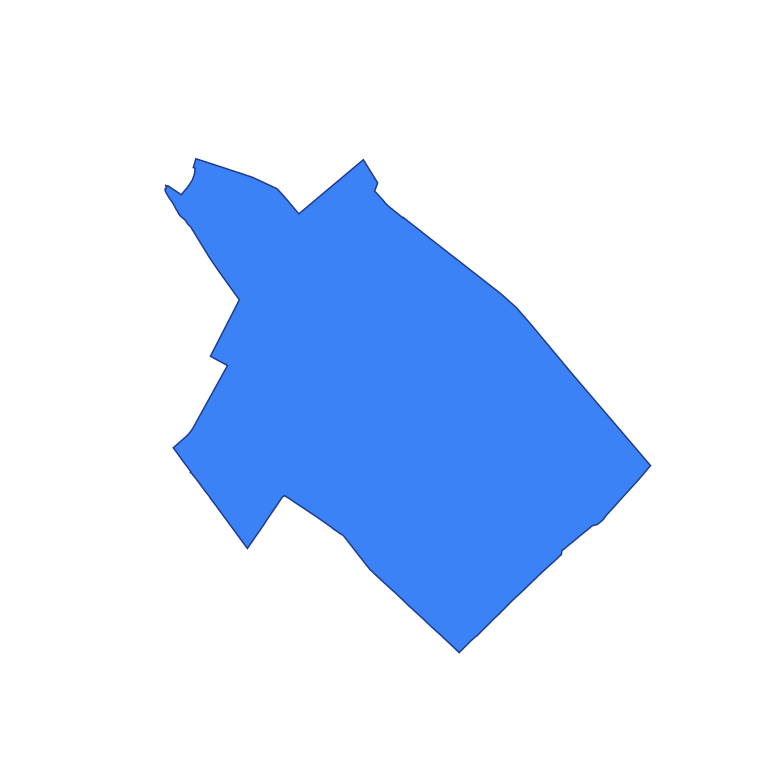 outline of Gostavatu, Olt, Romania, rotated 249°
{"feature_id": "2599482B62335692656317", "entity_name": "Gostavatu", "entity_type": "district", "adm_level": 2, "iso_a3": "ROU", "parent_name": "Romania", "parent_adm1": "Olt", "projection": "orthographic", "projection_center": [24.506, 44.061], "detail": "fine", "context": "isolated", "style": "filled", "palette": "blue", "viewbox_px": 768, "rotation_deg": 249, "n_neighbors": 0, "source": "geoboundaries", "source_scale": "gbopen_adm2", "svg_char_len": 4263}
<svg xmlns="http://www.w3.org/2000/svg" viewBox="0 0 768 768"><g transform="rotate(249 384 384)"><path d="M212.3,603.6L215.2,602.5L217.1,601.9L326.9,563.0L388.3,542.1L390.2,541.4L408.2,534.8L427.0,525.1L427.9,524.5L479.3,493.6L480.2,493.0L505.6,477.8L506.7,477.2L508.2,476.3L509.6,475.4L511.1,474.5L512.2,473.8L512.9,473.5L531.0,462.6L532.7,461.7L532.4,461.2L535.4,459.4L537.0,458.5L538.8,457.5L539.8,456.9L541.3,456.0L542.0,455.6L543.1,454.9L544.9,454.0L545.6,453.5L546.5,453.0L547.3,452.6L548.3,452.0L549.5,451.4L550.7,450.9L551.6,450.4L552.6,450.0L553.5,449.7L555.0,449.3L556.3,448.8L557.7,448.3L558.5,448.0L560.0,447.3L561.5,446.8L563.0,446.2L563.9,445.8L565.1,445.4L566.3,444.9L566.6,444.7L567.5,444.4L570.0,446.7L572.8,449.1L574.1,450.2L587.4,447.6L600.8,445.1L597.9,436.6L576.3,374.0L573.3,365.5L594.3,358.2L604.5,354.2L624.0,335.4L642.1,313.3L655.3,297.1L661.7,289.1L654.4,283.5L653.2,285.1L647.4,281.9L642.8,277.8L638.4,271.6L633.4,262.6L642.9,255.8L646.3,253.4L647.6,251.4L647.2,251.3L646.8,251.3L646.1,251.1L645.5,251.3L645.0,251.2L644.6,250.8L644.5,250.4L644.5,250.0L644.5,249.4L643.4,249.1L643.0,249.1L642.2,249.0L639.0,249.4L635.9,249.9L628.0,251.8L623.8,252.3L621.4,252.5L619.7,253.0L617.8,253.2L615.6,253.5L613.9,254.1L612.7,254.7L610.0,256.2L606.8,257.6L603.9,258.0L600.4,259.7L597.3,260.3L564.8,266.3L548.3,270.2L514.4,279.1L472.1,231.9L457.3,244.5L410.8,189.2L409.5,187.3L408.2,185.1L407.1,183.2L406.0,180.7L403.0,172.6L400.0,164.4L398.1,164.9L396.3,165.4L392.8,166.4L391.1,166.8L389.4,167.2L385.7,168.2L382.0,169.2L377.8,170.5L374.9,171.3L371.4,172.2L371.3,171.9L371.2,171.7L370.8,171.5L370.5,171.6L370.2,171.8L369.9,172.1L369.6,172.4L369.4,172.5L369.2,172.6L368.6,172.7L367.8,172.9L367.1,173.0L366.7,173.1L366.5,173.3L366.3,173.5L366.1,173.7L365.8,173.7L365.8,173.8L365.5,173.9L365.2,174.0L364.8,174.0L364.0,174.2L362.6,174.6L360.2,175.3L358.5,175.8L356.4,176.3L355.0,176.7L353.0,177.3L351.3,177.7L349.9,178.1L348.2,178.6L346.7,179.0L345.2,179.5L343.3,180.1L341.2,180.7L339.7,181.1L339.5,180.9L338.7,181.2L338.1,181.4L330.4,183.6L327.4,184.4L324.1,185.3L321.6,186.0L319.0,186.7L316.4,187.4L313.9,188.1L312.1,188.6L310.2,189.1L308.2,189.6L306.1,190.2L304.4,190.7L279.4,197.5L282.6,202.1L285.8,206.8L288.5,210.7L291.0,214.5L295.4,220.9L299.2,226.1L303.1,231.7L303.9,232.8L305.0,234.5L306.7,236.9L308.6,239.7L309.9,241.6L311.5,243.8L313.6,246.8L314.7,248.5L315.5,251.0L315.1,251.3L314.6,251.7L313.1,252.8L311.5,254.1L309.6,255.4L303.1,260.0L300.9,261.6L298.8,263.0L296.6,264.7L294.0,266.5L292.7,267.4L282.5,274.6L269.0,283.6L266.4,285.0L263.3,287.3L260.1,289.3L258.3,290.9L257.2,291.6L256.3,292.0L234.2,298.7L229.6,300.1L223.5,302.0L219.9,303.1L219.3,303.3L217.0,304.1L215.4,304.5L213.9,305.4L210.0,307.2L206.9,308.7L202.6,310.8L200.0,312.1L192.8,315.7L191.3,316.5L188.0,318.1L184.6,319.9L180.0,322.0L177.4,323.3L176.3,323.8L175.9,323.9L175.7,324.1L175.6,324.3L175.6,324.6L175.3,324.6L174.8,324.7L174.2,324.8L173.6,325.0L172.9,325.4L172.3,325.7L171.8,326.0L171.2,326.3L170.5,326.5L169.7,326.9L168.2,327.6L166.6,328.3L164.2,329.7L160.7,331.3L158.2,332.6L154.9,334.3L152.8,335.3L150.5,336.5L147.8,337.8L145.5,338.8L143.9,339.6L142.3,340.4L139.9,341.5L137.6,342.7L135.5,343.7L132.4,345.3L130.0,346.6L128.8,347.1L127.6,347.7L125.7,348.6L124.0,349.4L123.3,349.8L119.0,351.9L115.3,353.6L113.4,354.6L111.6,355.4L111.4,355.6L110.2,356.1L107.1,357.5L106.3,357.8L108.0,361.7L108.8,363.5L113.1,373.0L113.6,374.5L114.6,377.1L115.1,378.3L115.3,379.0L115.4,379.6L115.6,380.8L118.4,386.7L122.7,396.6L124.4,400.2L126.0,403.9L128.3,409.7L129.7,412.6L130.9,415.4L131.9,417.6L132.7,419.2L133.3,420.6L133.7,421.6L134.0,422.2L134.9,424.0L137.2,429.5L139.7,435.9L140.9,438.7L142.7,443.1L144.4,447.1L146.4,451.7L147.1,453.5L148.8,457.5L149.7,459.5L150.8,462.3L151.4,463.7L152.3,465.9L153.8,469.7L154.9,472.7L156.0,475.4L158.5,481.8L159.2,483.4L159.9,485.2L161.2,488.4L164.9,490.6L165.0,491.2L165.0,491.9L165.8,494.1L167.0,497.6L168.3,501.5L169.2,504.4L171.3,510.4L173.1,515.8L174.9,521.6L176.8,526.9L177.0,527.6L176.6,531.0L176.4,532.1L176.4,532.7L177.0,534.7L177.6,536.5L178.3,538.6L179.2,540.6L180.1,542.1L180.6,542.7L180.8,542.6L188.1,557.1L193.8,568.3L197.8,576.2L203.2,587.0L211.9,602.9L212.3,603.6Z" fill="#3b82f6" stroke="#1e3a8a" stroke-width="1.5"/></g></svg>